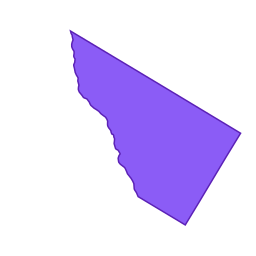 the district of Winona, Minnesota, United States of America, rotated 211°
{"feature_id": "52423323B34480475653148", "entity_name": "Winona", "entity_type": "district", "adm_level": 2, "iso_a3": "USA", "parent_name": "United States of America", "parent_adm1": "Minnesota", "projection": "robinson", "projection_center": [-91.574, 44.02], "detail": "fine", "context": "isolated", "style": "filled", "palette": "violet", "viewbox_px": 256, "rotation_deg": 211, "n_neighbors": 0, "source": "geoboundaries", "source_scale": "gbopen_adm2", "svg_char_len": 1340}
<svg xmlns="http://www.w3.org/2000/svg" viewBox="0 0 256 256"><g transform="rotate(211 128 128)"><path d="M28.8,181.5L115.8,181.6L227.2,181.5L225.5,179.8L224.1,179.0L223.5,178.6L222.9,177.7L220.5,175.2L220.0,172.7L219.4,170.8L218.1,168.7L216.2,167.2L213.7,165.9L212.7,164.3L211.7,162.0L211.3,161.4L210.3,160.6L209.1,160.0L208.9,159.8L207.5,156.9L207.1,154.3L206.6,153.5L204.5,151.4L201.8,148.4L199.5,146.8L196.8,145.4L196.4,145.0L195.6,143.2L195.2,142.4L192.3,139.6L192.0,139.0L191.9,138.8L191.6,137.7L190.8,136.1L190.2,135.2L188.9,134.2L188.2,133.7L184.0,132.2L182.4,131.4L181.2,131.2L178.7,131.7L178.1,131.7L174.6,130.3L172.8,129.0L171.6,128.3L167.3,127.5L164.9,127.5L161.6,127.3L158.6,126.3L155.1,125.9L153.4,125.8L152.7,125.7L150.4,124.5L149.0,123.4L147.5,120.7L146.6,119.5L145.8,118.9L144.6,118.2L142.5,117.4L141.4,116.9L140.1,115.5L138.9,114.6L138.3,114.5L137.6,114.8L137.3,114.7L136.5,114.3L135.4,112.9L134.2,112.1L133.6,111.2L132.6,109.1L132.1,107.9L131.7,107.3L128.1,104.0L127.0,103.7L125.7,103.9L124.7,103.7L121.6,102.0L121.4,101.6L121.5,99.8L121.1,97.8L120.8,96.9L118.7,94.3L118.6,94.2L118.1,93.8L115.9,93.0L110.6,92.4L109.4,91.8L106.4,89.7L104.9,88.5L99.4,86.4L96.6,84.9L94.3,83.3L91.3,79.0L90.5,78.4L87.4,76.9L84.0,74.4L29.0,74.4L28.9,101.1L29.0,154.6L28.8,181.5Z" fill="#8b5cf6" stroke="#5b21b6" stroke-width="1.5"/></g></svg>